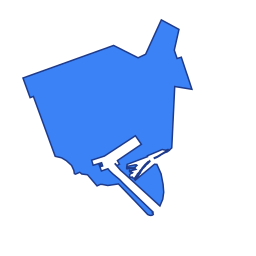 92, Al Wakrah, Qatar (Mercator projection), rotated 70°
{"feature_id": "91078587B57954650204567", "entity_name": "92", "entity_type": "district", "adm_level": 2, "iso_a3": "QAT", "parent_name": "Qatar", "parent_adm1": "Al Wakrah", "projection": "mercator", "projection_center": [51.612, 25.031], "detail": "fine", "context": "isolated", "style": "filled", "palette": "blue", "viewbox_px": 256, "rotation_deg": 70, "n_neighbors": 0, "source": "geoboundaries", "source_scale": "gbopen_adm2", "svg_char_len": 2334}
<svg xmlns="http://www.w3.org/2000/svg" viewBox="0 0 256 256"><g transform="rotate(70 128 128)"><path d="M45.1,209.6L66.0,209.6L66.0,206.1L129.7,206.1L133.3,200.6L137.6,197.1L143.9,193.8L149.1,193.4L149.9,193.5L152.5,194.0L153.4,193.1L153.1,188.5L155.4,187.2L158.1,182.0L171.8,176.9L171.5,173.3L172.3,171.3L175.1,166.7L176.9,158.0L177.3,156.1L184.1,153.1L207.6,142.7L216.0,139.1L217.3,137.7L218.0,136.4L218.2,134.9L218.0,134.1L217.7,133.7L216.8,133.7L216.0,134.2L215.6,133.2L184.6,148.4L177.1,152.0L173.6,153.5L165.9,158.0L162.0,159.9L159.4,160.8L159.3,167.7L152.9,167.7L152.9,166.5L154.9,166.5L155.0,164.8L151.6,164.7L151.1,173.5L150.1,173.4L145.8,173.2L146.3,159.7L137.8,123.7L147.9,121.0L150.1,129.7L155.0,149.1L159.1,148.4L159.5,151.3L157.3,152.1L157.4,152.4L165.2,149.4L169.8,146.9L180.8,141.1L212.2,124.7L206.8,119.7L200.6,116.4L192.9,114.3L182.4,112.6L172.1,113.3L171.1,115.5L179.5,138.8L178.4,138.5L178.3,137.8L177.3,136.1L176.6,135.4L176.3,134.4L174.7,132.7L174.4,131.6L173.7,131.5L171.9,128.9L171.2,128.2L170.8,126.8L170.5,126.5L169.8,124.8L168.8,123.4L168.2,121.3L167.8,121.0L167.5,120.0L167.1,119.6L167.0,118.9L166.3,118.9L166.5,119.3L166.5,120.6L167.5,123.0L167.8,123.4L168.1,124.4L169.1,126.1L170.5,128.5L171.2,129.2L172.2,131.3L173.2,132.3L174.5,135.0L175.6,136.1L175.9,136.8L176.9,138.1L178.1,139.5L177.1,139.5L176.7,140.5L175.4,140.9L175.5,141.2L175.5,141.9L175.2,142.2L175.0,143.2L172.2,142.4L172.0,141.5L171.8,140.6L171.8,140.0L171.8,139.2L171.5,138.9L171.3,139.4L170.9,139.6L171.1,139.7L170.9,140.4L170.3,140.8L169.6,141.5L169.1,141.3L168.9,141.3L168.6,141.2L168.4,141.1L168.8,140.8L169.1,140.5L169.6,134.7L168.3,135.4L168.1,136.7L166.1,141.8L166.2,142.4L166.1,142.7L165.8,143.2L165.0,142.9L165.4,141.4L167.1,137.1L167.4,136.4L167.4,134.7L166.4,133.0L166.2,132.3L165.6,132.6L165.0,134.0L164.0,140.7L163.8,141.1L163.8,141.5L163.6,141.7L163.6,142.2L161.9,141.3L161.6,119.4L160.7,119.3L160.5,114.5L160.2,108.3L159.9,103.2L160.8,101.8L161.8,100.1L161.8,97.7L162.3,97.4L164.1,106.6L164.8,110.0L165.0,113.5L165.6,113.5L165.5,110.7L164.8,107.0L164.5,106.3L163.8,101.8L163.8,99.1L163.2,97.4L163.2,96.7L162.8,96.4L161.7,93.7L105.0,69.9L113.5,54.7L98.4,54.2L96.5,54.2L79.7,53.7L79.5,58.1L70.7,57.9L52.8,46.4L37.8,59.7L64.7,86.2L65.5,94.5L45.5,113.3L45.1,209.6Z" fill="#3b82f6" stroke="#1e3a8a" stroke-width="1.5"/></g></svg>